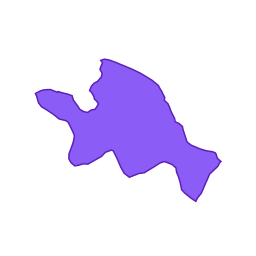 Goygol District, Xanlar, Azerbaijan (Equal Earth projection), rotated 293°
{"feature_id": "54616110B13615645655589", "entity_name": "Goygol District", "entity_type": "district", "adm_level": 2, "iso_a3": "AZE", "parent_name": "Azerbaijan", "parent_adm1": "Xanlar", "projection": "equal_earth", "projection_center": [46.326, 40.553], "detail": "fine", "context": "isolated", "style": "filled", "palette": "violet", "viewbox_px": 256, "rotation_deg": 293, "n_neighbors": 0, "source": "geoboundaries", "source_scale": "gbopen_adm2", "svg_char_len": 1737}
<svg xmlns="http://www.w3.org/2000/svg" viewBox="0 0 256 256"><g transform="rotate(293 128 128)"><path d="M135.9,64.0L135.8,62.2L135.6,58.9L134.9,55.0L134.5,52.2L134.3,49.4L133.3,49.2L133.1,41.5L131.4,37.9L129.8,35.0L127.4,32.4L124.4,29.9L123.6,29.3L121.4,31.6L116.1,35.9L113.8,40.0L112.7,47.2L111.5,53.7L109.4,61.1L109.7,63.0L110.5,67.9L109.9,70.7L106.4,74.8L102.7,79.0L100.0,81.7L95.5,82.8L91.6,83.3L85.8,83.6L81.0,83.8L76.4,85.7L73.9,89.0L72.3,93.8L74.6,97.3L77.5,100.8L79.1,105.2L91.5,114.7L96.8,116.7L101.2,121.4L101.2,123.4L95.4,130.1L89.0,136.8L84.9,142.1L83.2,148.5L90.4,155.8L93.1,160.4L103.1,167.6L108.4,171.2L111.3,174.6L111.6,178.6L111.6,183.1L110.0,187.7L106.3,190.0L102.6,193.7L98.0,197.5L92.1,201.5L90.2,205.8L87.9,214.0L87.0,219.1L87.4,219.1L90.8,219.3L96.4,220.9L100.1,221.0L106.1,221.0L111.4,221.1L112.3,221.1L117.4,221.1L119.4,222.0L121.0,222.7L124.7,224.3L125.8,224.8L127.6,225.6L132.5,226.1L133.5,226.7L134.3,224.1L135.4,221.7L138.0,219.6L139.2,218.2L139.2,215.2L137.6,208.8L136.9,202.3L136.9,197.3L136.9,192.7L138.2,187.8L140.8,185.6L145.6,181.4L148.0,179.3L150.7,177.5L152.1,173.2L152.2,169.0L155.3,166.9L157.2,164.5L159.8,161.4L162.9,158.5L163.9,157.6L166.1,155.1L167.6,150.7L170.6,149.8L172.8,147.0L174.7,145.0L176.2,142.8L178.1,140.3L178.9,139.6L181.3,131.6L182.3,125.1L183.2,118.7L183.7,109.9L183.7,101.1L183.6,93.6L183.6,90.8L183.2,83.8L182.1,79.3L179.6,76.5L177.9,79.1L175.4,79.0L171.1,79.2L168.3,82.8L164.6,83.5L159.1,81.8L155.8,79.2L152.3,78.0L147.5,78.0L146.3,80.9L143.4,84.6L141.6,85.7L140.2,89.2L139.8,89.6L138.6,91.4L136.5,91.1L135.5,91.0L132.4,90.4L130.2,87.1L126.6,84.8L125.8,81.1L126.3,76.4L128.2,73.7L130.9,69.3L132.5,66.6L135.9,64.0Z" fill="#8b5cf6" stroke="#5b21b6" stroke-width="1.5"/></g></svg>